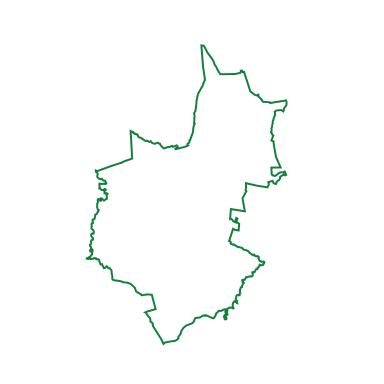 Amealco de Bonfil, Querétaro, Mexico (Albers equal-area conic projection), rotated 66°
{"feature_id": "50627088B28014095669101", "entity_name": "Amealco de Bonfil", "entity_type": "district", "adm_level": 2, "iso_a3": "MEX", "parent_name": "Mexico", "parent_adm1": "Querétaro", "projection": "albers", "projection_center": [-100.096, 20.187], "detail": "fine", "context": "isolated", "style": "outline", "palette": "green", "viewbox_px": 384, "rotation_deg": 66, "n_neighbors": 0, "source": "geoboundaries", "source_scale": "gbopen_adm2", "svg_char_len": 6101}
<svg xmlns="http://www.w3.org/2000/svg" viewBox="0 0 384 384"><g transform="rotate(66 192 192)"><path d="M319.2,279.8L318.5,277.9L320.5,269.6L320.8,269.5L321.1,267.4L320.9,265.7L320.1,263.9L318.7,263.3L317.1,260.3L314.5,258.1L312.6,255.0L311.6,251.1L312.0,246.6L311.9,244.8L311.0,242.9L308.8,240.8L308.5,240.0L309.8,236.1L309.4,231.4L309.7,231.0L310.2,230.9L310.2,229.9L310.5,229.8L310.7,229.5L310.5,229.1L315.0,225.1L316.2,223.5L314.8,221.3L312.6,219.0L312.4,218.0L311.6,216.4L311.5,215.8L312.5,213.6L312.3,210.1L312.5,209.6L312.8,209.3L313.9,209.5L315.2,210.4L316.8,210.2L317.2,210.5L317.7,211.9L318.6,213.5L320.7,213.6L321.5,213.8L322.1,213.2L322.1,212.3L321.3,211.8L319.1,211.7L318.6,211.0L318.5,209.4L316.0,209.0L315.2,208.4L314.9,207.9L313.2,207.7L312.8,204.8L314.0,202.7L315.1,201.9L315.1,201.4L312.9,201.3L310.1,199.8L309.1,197.8L310.5,196.4L311.6,196.2L311.9,195.9L310.2,195.6L309.9,195.2L309.6,195.5L308.3,195.9L305.2,193.9L304.5,192.9L304.5,192.2L304.8,191.5L305.4,191.3L305.7,190.5L304.5,190.0L304.1,189.0L302.5,189.0L301.6,188.2L300.7,188.0L300.0,186.9L299.0,186.2L299.1,185.1L298.6,185.0L296.7,182.9L296.0,182.7L295.8,182.3L296.0,181.6L294.9,181.7L294.6,182.1L294.3,181.8L293.5,182.1L293.0,182.0L292.8,181.4L293.6,179.5L291.8,177.1L292.4,176.2L292.3,174.9L292.6,173.4L293.2,172.7L293.5,171.2L292.4,170.1L289.9,169.6L289.9,168.6L290.7,167.9L290.7,167.5L288.7,165.1L289.0,163.7L288.6,163.2L288.2,163.2L287.8,162.9L287.9,161.9L287.4,161.0L286.0,159.8L286.8,159.0L287.5,157.6L287.6,156.7L287.4,156.3L286.6,156.0L286.4,155.1L285.8,154.5L285.1,154.5L284.6,154.9L284.0,157.0L283.3,157.2L282.5,158.2L279.5,158.2L278.6,157.4L277.5,157.9L277.4,158.4L277.0,158.5L277.0,159.2L276.5,160.1L274.5,160.7L274.7,161.9L270.7,164.3L269.9,164.2L268.1,165.3L266.2,167.4L265.8,168.1L265.2,168.6L263.8,168.8L262.7,169.8L262.2,170.7L261.3,171.5L260.8,172.6L257.0,175.0L257.1,175.8L256.3,176.3L255.4,177.5L254.3,177.5L253.6,176.9L252.3,177.3L251.9,178.0L242.3,169.4L244.0,168.2L246.1,165.1L240.2,161.8L238.6,162.8L238.4,163.4L237.7,163.9L234.7,161.3L233.7,162.1L237.0,165.0L235.3,166.3L233.8,166.5L231.7,167.6L231.8,168.0L223.4,163.4L231.1,151.6L218.3,148.4L213.3,142.0L212.5,142.4L211.2,141.7L210.5,141.0L205.9,139.1L212.8,129.9L218.4,121.2L216.5,118.9L215.4,118.4L214.1,118.4L214.6,113.8L217.2,113.9L218.9,112.0L217.2,110.5L216.6,108.9L216.5,107.4L215.6,106.3L214.0,105.3L213.3,101.1L214.0,100.9L214.6,100.2L214.6,99.0L211.0,99.0L211.1,101.0L210.4,102.2L210.0,103.8L210.3,105.8L210.7,106.7L210.7,108.1L211.1,108.5L210.8,110.2L210.1,111.1L209.1,111.4L208.6,112.1L202.0,109.6L205.6,101.1L194.0,101.0L182.0,98.0L178.8,96.9L178.3,97.8L177.2,98.5L173.5,94.7L172.5,95.3L170.8,95.2L169.9,95.7L168.2,94.2L166.1,93.5L164.8,92.2L163.4,91.5L162.4,90.5L160.2,89.5L159.1,88.1L158.3,87.8L156.8,86.4L155.5,84.7L154.7,84.7L153.4,84.0L152.4,83.9L151.8,81.8L153.5,77.0L155.5,75.9L154.5,74.8L153.1,74.0L151.0,70.4L148.5,69.1L146.6,68.8L142.6,84.1L142.3,83.9L141.7,84.4L138.6,90.3L136.5,91.1L135.9,90.7L130.9,92.8L130.6,92.7L130.5,91.9L130.0,91.9L129.9,94.0L128.6,95.2L123.9,97.8L103.4,95.6L103.2,96.9L101.2,97.1L101.2,98.1L101.9,98.0L102.8,99.3L101.8,104.5L95.9,118.3L91.5,118.9L87.4,119.0L85.1,119.5L81.4,119.2L78.2,119.6L70.8,121.2L63.3,121.6L61.9,123.8L81.9,130.9L94.8,134.5L97.7,137.7L99.5,139.2L99.9,140.1L105.1,146.8L110.1,150.5L114.3,152.7L119.1,155.7L120.9,158.1L123.2,158.6L130.3,162.2L130.6,161.8L132.9,164.0L137.8,166.9L144.0,172.8L143.8,173.2L145.8,174.5L145.8,175.5L146.2,176.4L146.8,176.9L148.0,176.5L147.8,180.6L146.0,190.4L145.2,186.9L144.3,186.6L143.2,187.0L143.1,190.9L141.7,191.4L141.8,194.4L141.1,195.7L140.8,200.0L136.9,201.6L134.9,201.7L134.8,202.1L133.1,203.0L132.8,206.4L131.6,207.9L130.5,208.7L128.9,209.0L129.0,210.5L127.3,211.7L127.2,212.1L126.6,212.6L126.4,213.7L125.7,214.4L124.3,214.9L123.3,216.0L122.7,216.0L121.9,216.6L121.1,217.3L120.6,218.1L119.5,218.6L118.6,218.4L118.0,218.7L117.3,218.4L116.9,218.6L116.1,220.2L115.7,220.2L115.6,220.8L114.6,221.3L114.1,221.1L113.3,221.4L113.3,221.8L112.7,221.8L112.3,222.7L111.4,223.3L137.1,233.0L136.5,240.4L136.4,244.1L136.6,244.2L135.6,253.1L134.3,270.3L133.3,271.1L134.3,271.6L136.1,270.8L137.0,270.7L138.9,272.1L139.9,272.4L142.5,271.3L143.2,270.2L143.4,268.8L145.4,268.5L146.4,266.7L147.8,267.0L148.9,266.5L149.5,267.2L149.5,267.8L148.6,269.3L148.0,271.2L146.7,273.1L148.1,273.9L149.2,274.0L151.0,275.2L151.3,274.4L152.6,274.2L153.6,273.5L154.1,272.5L153.7,270.6L154.3,270.0L154.8,269.8L155.2,270.1L155.7,271.8L157.6,272.4L158.3,270.5L159.2,269.9L159.5,270.1L159.6,271.0L159.8,271.4L160.8,271.4L163.5,272.5L163.5,273.6L164.0,275.1L163.9,276.0L161.4,277.0L160.7,277.8L160.9,278.2L162.3,278.1L163.0,278.8L162.7,279.4L160.6,279.9L160.3,280.5L160.7,281.2L161.3,281.6L162.9,281.9L164.2,283.4L167.5,284.9L170.1,285.1L170.5,284.6L171.0,284.8L171.7,285.5L171.7,285.9L173.4,288.3L173.4,289.6L176.9,291.9L177.1,292.6L176.8,293.6L177.0,294.2L179.8,295.0L180.2,295.4L179.9,296.3L180.5,296.9L182.8,297.6L183.4,298.2L184.6,298.7L187.1,297.6L188.9,298.1L190.0,298.9L189.3,300.1L189.5,301.0L190.1,301.7L191.5,301.9L194.1,301.3L194.9,301.6L195.2,302.1L195.1,303.3L195.3,303.7L196.4,304.5L197.5,304.8L198.5,305.6L198.8,306.8L199.8,307.1L200.6,306.8L201.5,306.8L203.0,307.7L203.9,308.8L204.5,309.2L205.0,308.9L204.9,308.4L203.8,306.6L204.5,306.4L205.8,307.1L206.7,308.0L208.3,308.6L209.6,311.2L209.7,312.8L210.4,314.0L209.7,314.8L210.0,315.2L210.9,314.5L211.5,312.0L212.0,311.8L212.2,310.6L212.8,309.9L212.6,308.2L213.5,306.8L214.1,306.9L214.2,306.3L215.0,306.1L215.1,305.3L216.2,304.4L217.4,304.8L221.0,305.0L221.2,303.6L225.6,303.5L225.9,302.5L225.2,300.0L227.5,299.5L228.2,298.2L230.9,297.4L233.8,298.5L235.9,298.9L237.7,299.5L238.6,300.1L239.4,300.1L240.3,299.8L241.8,297.9L242.1,297.0L244.6,293.4L245.3,292.4L246.4,291.7L248.5,287.9L251.1,285.4L256.1,283.2L260.3,283.5L260.8,282.9L261.6,282.7L263.2,281.2L263.9,281.0L264.4,280.3L264.8,280.4L265.9,280.0L267.4,274.4L269.5,270.5L284.2,272.9L282.9,282.3L283.0,283.6L283.4,283.2L287.7,282.5L290.5,281.6L293.8,282.7L295.6,281.3L298.6,282.2L314.3,279.9L319.2,279.8Z" fill="none" stroke="#15803d" stroke-width="2"/></g></svg>